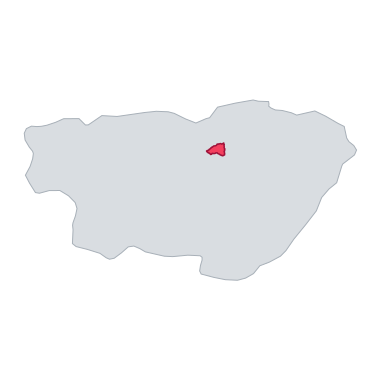 location of Patakla, Chirang, Bhutan, rotated 178°
{"feature_id": "84629894B80971974621988", "entity_name": "Patakla", "entity_type": "district", "adm_level": 2, "iso_a3": "BTN", "parent_name": "Bhutan", "parent_adm1": "Chirang", "projection": "albers", "projection_center": [90.14, 27.135], "detail": "fine", "context": "in_parent", "style": "filled", "palette": "rose", "viewbox_px": 384, "rotation_deg": 178, "n_neighbors": 0, "source": "geoboundaries", "source_scale": "gbopen_adm2", "svg_char_len": 4329}
<svg xmlns="http://www.w3.org/2000/svg" viewBox="0 0 384 384"><g transform="rotate(178 192 192)"><path d="M312.5,162.9L312.0,165.4L309.3,172.2L307.5,179.5L309.1,185.5L315.5,192.5L324.0,198.1L334.7,198.4L344.5,196.1L348.5,196.9L354.0,206.4L357.9,214.6L352.9,223.2L350.1,230.7L349.2,236.0L349.9,238.3L353.1,242.6L357.0,249.8L357.6,256.6L355.3,261.1L350.2,263.4L344.8,262.8L340.3,262.9L334.7,263.8L325.9,266.4L317.8,269.7L302.4,269.3L296.2,262.7L293.3,262.7L279.4,271.5L264.2,270.1L236.5,273.1L224.9,273.9L213.0,273.0L207.0,271.2L195.8,265.2L185.7,260.8L175.4,264.8L171.8,265.6L163.5,275.9L145.6,279.3L127.7,281.8L122.4,280.4L112.3,279.7L112.0,277.3L112.3,275.0L110.0,273.1L105.9,271.1L98.9,270.3L89.9,267.7L84.7,265.2L66.4,268.7L55.8,263.1L43.7,255.5L37.6,252.2L35.5,240.5L33.4,236.8L28.7,232.8L26.1,228.2L28.3,223.4L40.4,214.7L41.4,212.7L47.1,196.2L54.9,190.3L62.6,182.0L68.4,168.8L79.6,155.3L91.8,141.4L100.2,130.1L105.8,124.8L117.2,119.2L126.8,115.9L133.4,108.3L141.4,104.1L149.6,102.2L161.7,103.2L173.1,105.9L185.7,109.7L187.1,112.8L186.1,118.2L184.3,123.6L184.2,126.4L186.1,128.0L198.4,129.0L213.5,128.1L221.9,128.8L240.7,133.8L246.2,137.3L252.0,140.0L257.6,139.4L264.7,133.6L272.1,128.5L276.8,127.7L280.1,129.3L286.1,133.9L298.6,138.3L309.7,141.5L313.3,144.6L312.2,158.3L312.5,162.9Z" fill="#d9dde1" stroke="#a8b0b8" stroke-width="1"/><path d="M158.3,228.0L158.2,228.0L158.1,228.4L158.2,228.6L158.1,228.8L158.0,229.0L158.2,229.3L158.2,229.6L158.1,229.8L158.2,230.0L158.3,230.3L158.2,230.7L158.1,230.9L158.1,231.0L158.3,231.3L158.5,231.6L158.3,231.9L158.1,232.2L157.9,232.4L157.8,232.7L157.8,232.8L157.8,233.2L157.9,233.3L158.0,233.4L157.9,233.5L157.7,233.7L157.7,233.8L157.7,234.0L157.8,234.1L157.9,234.3L158.0,234.5L158.3,234.8L158.4,235.1L158.4,235.3L158.3,235.6L158.2,235.9L158.2,236.2L158.2,236.3L158.3,236.5L158.3,236.8L158.3,237.0L158.3,237.3L158.4,237.5L158.3,237.8L158.2,237.9L158.2,238.0L158.1,238.3L158.2,238.5L158.3,238.6L158.4,238.8L158.5,238.8L158.5,239.0L158.5,239.3L158.7,239.5L158.7,239.8L158.8,239.8L158.9,239.7L158.9,239.4L159.0,239.4L159.2,239.2L159.3,239.3L159.5,239.4L159.8,239.2L160.0,239.1L160.3,239.0L160.5,239.0L160.6,238.9L160.8,239.0L161.0,239.0L161.3,239.2L161.5,239.3L161.8,239.4L162.0,239.4L162.4,239.3L162.5,239.3L162.6,239.2L162.8,239.1L163.0,239.1L163.3,239.1L163.5,239.1L163.8,239.1L164.0,239.1L164.1,238.9L164.3,238.9L164.5,238.8L164.8,238.9L164.9,239.0L165.0,239.0L165.3,238.9L165.4,238.7L165.5,238.5L165.5,238.4L165.7,238.2L165.8,238.1L165.9,237.9L166.0,237.8L166.2,237.7L166.3,237.6L166.5,237.5L166.8,237.5L167.0,237.4L167.3,237.3L167.5,237.3L167.9,237.3L168.0,237.3L168.3,237.3L168.5,237.3L168.6,237.2L168.8,237.1L169.0,237.0L169.1,236.9L169.3,236.8L169.4,236.7L169.5,236.6L169.7,236.4L169.8,236.3L170.0,236.4L170.3,236.4L170.4,236.2L170.5,236.1L170.6,235.9L170.8,235.7L171.0,235.5L171.3,235.4L171.6,235.3L171.8,235.3L171.9,235.1L172.0,234.9L172.2,234.7L172.3,234.6L172.5,234.5L172.6,234.4L172.8,234.3L172.9,234.1L173.1,234.1L173.3,233.9L173.5,233.9L173.6,233.7L173.7,233.4L173.9,233.4L174.0,233.3L174.1,233.2L174.3,233.1L174.5,233.0L174.9,233.0L175.1,232.9L175.3,232.9L175.5,232.8L175.7,232.7L175.8,232.6L176.0,232.4L175.9,232.1L175.8,231.9L175.7,231.8L175.6,231.6L175.3,231.5L175.2,231.4L175.0,231.2L174.9,231.1L174.8,230.9L174.7,230.8L174.4,230.9L174.1,230.8L173.9,230.7L173.7,230.5L173.7,230.4L173.7,230.2L173.3,230.0L173.1,229.9L172.9,229.8L172.7,229.7L172.5,229.4L172.4,229.3L172.4,229.2L172.2,228.9L171.8,229.0L171.7,229.1L171.4,229.1L171.2,229.0L170.9,229.3L170.8,229.6L170.7,229.7L170.6,229.8L170.4,229.8L170.2,229.9L169.9,229.8L169.7,229.8L169.6,229.7L169.3,229.7L169.2,229.7L168.9,229.6L168.7,229.6L168.4,229.7L168.2,229.7L167.8,229.7L167.7,229.7L167.4,229.8L167.1,230.1L166.9,230.2L166.7,230.3L166.4,230.3L166.1,230.3L165.9,230.3L165.7,230.3L165.5,230.2L165.4,230.2L165.3,229.9L165.2,229.7L164.9,229.6L164.6,229.5L164.5,229.4L164.3,229.2L164.2,229.2L163.9,229.1L163.7,229.0L163.5,228.9L163.4,228.9L163.2,228.8L163.0,228.7L162.9,228.4L162.6,228.2L162.4,228.1L162.2,228.1L162.0,227.9L161.8,227.9L161.7,227.8L161.6,227.7L161.4,227.7L161.1,227.5L160.9,227.5L160.7,227.3L160.4,227.3L160.2,227.2L159.9,227.1L159.7,227.2L159.5,227.3L159.4,227.5L159.2,227.5L158.9,227.6L158.7,227.7L158.5,227.9L158.3,228.0L158.3,228.0Z" fill="#f43f5e" stroke="#9f1239" stroke-width="1.5"/></g></svg>